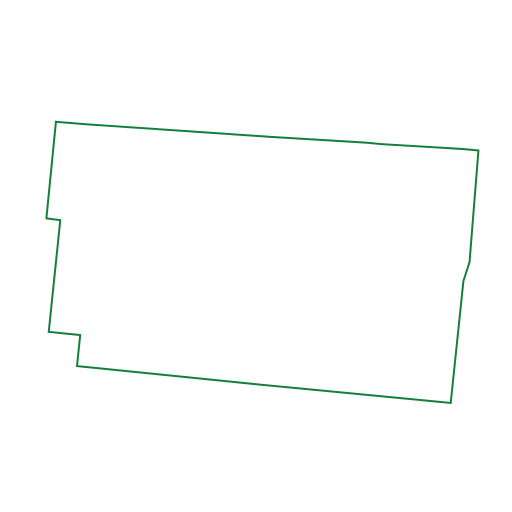 the district of Fulton, Ohio, United States of America, rotated 6°
{"feature_id": "52423323B87203223255400", "entity_name": "Fulton", "entity_type": "district", "adm_level": 2, "iso_a3": "USA", "parent_name": "United States of America", "parent_adm1": "Ohio", "projection": "albers", "projection_center": [-84.164, 41.603], "detail": "fine", "context": "isolated", "style": "outline", "palette": "green", "viewbox_px": 512, "rotation_deg": 6, "n_neighbors": 0, "source": "geoboundaries", "source_scale": "gbopen_adm2", "svg_char_len": 371}
<svg xmlns="http://www.w3.org/2000/svg" viewBox="0 0 512 512"><g transform="rotate(6 256 256)"><path d="M89.5,384.2L275.2,383.5L465.0,381.8L464.9,259.2L469.0,239.8L466.2,127.8L450.4,128.0L369.7,131.6L352.9,131.8L259.1,136.0L74.9,142.7L45.4,143.4L43.0,143.4L43.6,240.5L57.6,240.8L57.8,353.1L89.4,353.0L89.5,384.2Z" fill="none" stroke="#15803d" stroke-width="2"/></g></svg>